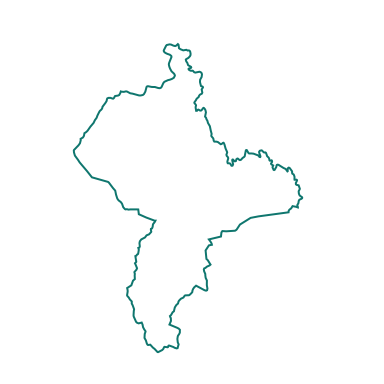 Gia Nghia, Đắk Nông, Vietnam, rotated 167°
{"feature_id": "81297802B66925040014305", "entity_name": "Gia Nghia", "entity_type": "district", "adm_level": 2, "iso_a3": "VNM", "parent_name": "Vietnam", "parent_adm1": "Đắk Nông", "projection": "natural_earth1", "projection_center": [107.695, 12.013], "detail": "fine", "context": "isolated", "style": "outline", "palette": "teal", "viewbox_px": 384, "rotation_deg": 167, "n_neighbors": 0, "source": "geoboundaries", "source_scale": "gbopen_adm2", "svg_char_len": 6038}
<svg xmlns="http://www.w3.org/2000/svg" viewBox="0 0 384 384"><g transform="rotate(167 192 192)"><path d="M238.7,306.0L239.8,304.3L241.1,302.9L242.3,302.6L245.2,302.8L245.6,302.7L246.7,301.3L247.7,300.7L248.4,300.9L250.3,302.1L251.2,302.3L252.1,302.5L253.4,302.3L253.9,301.7L254.8,299.8L256.4,298.2L260.0,295.2L260.6,293.9L261.4,293.0L262.1,292.5L263.3,291.9L264.2,291.1L267.0,287.7L268.2,285.8L270.5,283.8L272.3,281.5L276.2,278.6L280.1,275.1L281.8,274.1L283.6,273.5L284.6,271.1L285.9,269.7L288.6,268.8L288.8,267.4L290.2,264.7L292.0,263.1L297.5,259.5L297.8,259.1L298.1,257.1L297.9,253.8L295.8,248.9L294.8,246.1L289.5,235.8L286.2,228.8L271.5,220.7L270.9,219.9L268.1,213.6L266.5,210.6L266.6,206.5L266.3,202.7L266.0,201.6L265.3,200.2L263.7,198.3L263.0,196.8L262.8,196.2L262.4,192.6L261.2,190.4L260.7,190.0L259.3,189.9L257.8,189.1L255.9,188.9L248.3,187.1L248.8,182.3L242.3,177.4L234.9,172.5L234.1,172.3L234.8,171.4L237.3,169.3L238.2,166.9L238.9,165.8L239.2,165.5L240.3,165.3L240.6,164.4L240.6,162.5L240.8,162.2L243.4,160.4L246.0,160.0L248.0,158.3L252.1,157.2L253.9,155.7L254.7,154.0L255.1,150.8L255.8,149.7L256.9,149.6L256.8,147.7L258.2,144.3L258.6,143.7L259.6,143.4L260.5,142.5L261.6,142.3L262.0,136.6L262.2,136.3L263.6,135.4L263.3,134.0L262.7,130.1L263.6,128.8L266.1,127.0L266.2,126.5L266.1,125.1L266.6,123.7L267.3,120.0L269.4,118.9L272.1,114.7L276.8,113.0L276.8,110.9L277.1,109.4L278.5,106.0L278.3,105.0L277.4,103.5L276.7,101.3L275.3,98.9L275.8,96.8L275.3,95.0L274.8,90.8L275.5,89.1L276.7,85.0L276.8,83.8L275.7,78.1L274.9,76.9L273.5,76.0L270.4,76.1L270.0,73.9L270.1,71.3L269.5,69.0L268.6,66.7L268.8,66.2L270.0,64.3L271.1,60.5L270.3,57.7L270.1,54.5L269.8,53.5L269.6,53.1L269.2,52.8L267.0,52.6L265.1,49.2L263.8,47.6L261.6,43.8L261.0,43.6L256.6,44.7L255.2,45.6L254.2,47.0L253.6,47.3L250.6,46.2L250.3,46.3L249.5,47.5L249.0,47.6L248.4,47.3L245.1,45.2L243.8,44.0L242.2,43.1L241.2,43.1L239.3,46.6L239.7,48.6L239.3,52.1L238.4,54.4L237.9,55.2L236.6,56.3L235.5,57.7L234.8,60.5L235.7,61.9L237.1,63.1L243.8,67.9L241.5,71.1L241.0,73.9L241.3,74.9L241.4,76.1L240.1,76.8L237.9,79.2L236.5,79.8L234.7,83.4L232.7,85.4L230.7,86.5L229.8,88.3L229.0,89.1L226.8,90.5L224.1,91.1L222.7,92.4L221.9,92.8L218.2,92.1L217.5,92.3L215.3,93.6L214.2,94.5L213.7,95.9L212.7,97.3L211.3,98.6L209.1,99.8L201.9,93.5L200.5,92.7L199.4,92.9L198.7,94.4L198.5,98.0L197.4,102.4L198.0,105.3L197.8,107.6L197.5,109.2L198.0,111.9L197.9,113.9L197.3,114.8L196.0,115.0L194.3,115.9L191.4,116.5L190.3,117.1L192.0,122.1L193.0,123.5L191.9,132.0L187.5,136.2L184.5,136.1L184.5,137.4L185.2,139.7L186.2,142.0L173.8,142.1L172.4,146.0L171.2,147.1L167.5,146.0L158.8,144.6L157.6,145.0L156.9,145.4L152.6,149.5L140.7,153.6L132.7,153.3L102.5,150.5L102.1,151.7L101.7,152.3L100.8,153.0L99.1,153.7L97.2,155.6L94.0,154.2L92.3,153.1L92.2,153.4L92.4,155.2L92.3,155.6L90.9,157.1L90.0,159.3L89.6,159.8L89.1,160.3L86.8,160.8L86.1,161.2L85.9,161.6L85.9,162.1L87.8,164.3L88.1,165.4L88.2,166.7L87.9,168.7L87.5,169.3L86.6,170.2L86.2,170.9L86.6,174.5L88.6,175.5L89.0,176.2L88.8,177.4L87.1,179.5L87.1,180.2L87.4,180.5L89.3,180.9L89.3,181.4L88.7,183.7L88.8,185.2L89.0,186.2L90.1,187.3L90.2,188.2L89.9,188.8L89.9,189.8L91.4,193.3L91.9,193.8L92.3,194.0L93.2,193.6L93.5,193.1L94.1,190.7L94.4,190.6L95.6,193.4L97.4,194.8L101.6,199.0L102.5,199.4L103.2,199.3L103.6,198.9L104.2,197.5L106.5,195.0L107.1,194.9L107.5,195.2L108.0,197.7L107.9,198.2L106.9,199.6L108.3,200.9L108.6,201.5L108.6,201.9L107.3,203.2L107.1,203.7L107.1,204.7L107.4,205.0L108.9,204.9L109.2,205.1L109.4,205.5L109.3,207.1L109.6,208.3L110.7,209.9L111.1,213.4L111.4,213.9L111.7,214.1L112.7,214.2L113.2,214.6L114.6,216.8L115.1,217.0L116.7,216.9L117.6,216.0L117.7,215.3L117.3,211.6L117.4,211.0L117.7,210.7L118.0,210.8L118.4,211.0L119.2,212.7L123.4,215.5L125.4,216.2L127.7,216.7L128.2,217.3L129.2,220.5L129.7,220.7L130.2,220.4L132.6,215.0L133.2,214.5L135.0,213.8L137.0,212.4L138.1,212.3L138.6,212.6L139.8,214.2L140.3,214.4L141.4,213.9L142.3,212.3L143.3,212.2L143.7,212.5L144.6,214.2L144.9,214.5L145.4,214.4L145.7,213.8L145.7,209.8L146.5,208.6L146.8,208.5L147.6,208.7L148.3,210.8L148.8,211.4L150.7,212.0L150.8,213.3L150.4,214.3L149.2,216.5L149.1,217.2L149.2,217.9L150.0,219.3L150.1,220.5L148.8,222.7L148.8,223.1L149.5,226.8L149.7,231.1L150.0,232.6L150.2,232.9L150.8,232.9L152.4,232.1L153.3,232.1L155.5,234.8L156.7,235.5L158.9,236.1L159.3,237.1L159.2,239.1L159.4,239.8L160.5,241.9L160.5,242.6L159.8,244.2L159.9,247.7L159.8,252.1L160.9,255.7L161.0,258.2L161.5,259.4L161.6,261.1L162.3,262.5L160.5,266.5L160.5,268.7L160.8,269.9L161.5,271.2L161.9,271.4L162.5,271.1L163.9,269.8L165.0,269.3L165.9,269.6L167.1,270.8L167.9,270.8L168.9,270.0L169.7,270.2L169.5,273.3L169.3,274.1L168.6,275.4L168.7,276.3L169.6,278.0L169.6,278.6L169.4,278.9L167.6,280.5L166.5,281.8L164.1,283.1L163.6,284.0L162.5,285.0L160.3,285.6L159.6,286.5L159.5,289.8L157.8,291.4L157.8,292.0L158.0,292.3L159.4,293.3L159.5,297.0L159.3,298.1L158.8,299.6L156.8,301.8L155.8,304.4L155.9,305.7L156.5,306.7L157.0,307.1L157.7,307.5L161.9,307.6L162.9,308.2L163.8,309.8L164.1,310.1L165.6,310.3L166.4,310.7L167.6,311.9L167.7,312.3L167.7,312.7L167.3,313.0L165.2,313.1L164.7,313.6L164.8,314.2L167.0,316.2L167.3,316.6L167.5,318.9L168.2,320.5L168.3,322.3L167.9,322.7L165.3,323.5L163.4,324.8L162.7,325.7L162.3,326.9L162.2,328.9L162.4,329.9L162.8,330.4L163.3,330.7L164.4,330.8L165.5,331.8L168.7,332.0L171.1,333.7L172.3,335.0L172.0,338.5L172.5,339.3L174.4,338.2L175.6,338.0L177.2,338.8L179.3,340.4L180.7,340.9L183.5,340.9L184.3,340.4L187.2,336.9L187.7,336.2L187.8,335.6L187.4,334.4L186.4,333.3L184.9,332.1L182.8,330.8L181.6,329.3L181.6,328.2L185.0,323.3L185.6,322.3L185.9,321.3L185.9,319.1L185.6,317.1L184.8,314.2L182.8,311.2L182.5,310.0L182.5,309.2L184.0,307.4L186.1,306.7L188.3,306.4L190.2,306.4L194.1,305.6L195.5,304.5L197.9,301.3L198.8,300.6L200.0,300.4L201.5,300.9L204.6,302.7L207.6,303.4L211.1,305.0L212.0,305.0L212.7,304.5L214.9,300.3L216.8,298.2L218.0,297.6L220.4,297.6L221.7,297.9L227.8,301.2L230.0,302.1L232.6,304.4L233.6,304.9L235.9,304.9L238.1,305.6L238.7,306.0Z" fill="none" stroke="#0f766e" stroke-width="2"/></g></svg>